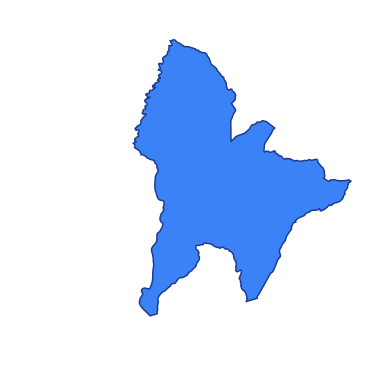 the district of Nova Lacerda, Mato Grosso, Brazil, rotated 44°
{"feature_id": "56859067B39265464568289", "entity_name": "Nova Lacerda", "entity_type": "district", "adm_level": 2, "iso_a3": "BRA", "parent_name": "Brazil", "parent_adm1": "Mato Grosso", "projection": "natural_earth1", "projection_center": [-59.772, -14.4], "detail": "fine", "context": "isolated", "style": "filled", "palette": "blue", "viewbox_px": 384, "rotation_deg": 44, "n_neighbors": 0, "source": "geoboundaries", "source_scale": "gbopen_adm2", "svg_char_len": 5959}
<svg xmlns="http://www.w3.org/2000/svg" viewBox="0 0 384 384"><g transform="rotate(44 192 192)"><path d="M298.7,73.8L296.4,74.3L294.2,77.5L291.0,80.8L288.3,83.1L287.0,83.5L285.4,84.7L284.7,85.8L283.3,87.0L283.3,89.3L277.7,90.6L276.2,88.1L271.9,84.6L269.6,83.7L267.2,83.9L264.1,83.3L263.1,83.4L261.7,83.0L260.1,81.8L259.1,81.8L257.7,83.3L256.2,86.1L254.4,86.8L253.7,87.6L252.8,89.7L251.3,90.8L250.0,92.8L247.6,95.5L246.5,95.9L245.4,96.6L244.5,98.2L242.3,99.2L241.5,99.2L240.7,99.8L239.8,99.8L238.1,101.2L237.6,102.0L236.6,102.2L236.1,102.9L236.1,104.0L234.4,104.5L231.5,104.2L228.4,105.7L227.6,105.2L225.1,105.8L224.1,105.8L223.7,105.0L222.7,105.2L222.1,106.0L221.9,107.4L220.6,109.1L219.8,109.7L219.0,109.6L217.5,110.7L216.8,111.3L216.7,112.3L216.0,113.0L215.3,112.6L211.6,108.1L210.6,106.4L208.3,94.4L207.1,91.6L207.1,88.5L196.6,89.7L193.1,91.7L192.7,93.9L192.2,94.8L190.7,95.9L190.3,96.6L190.4,99.1L188.6,101.9L188.6,103.2L189.5,106.9L189.1,112.4L188.9,113.4L185.7,119.9L185.3,121.5L185.1,122.4L185.2,124.8L185.0,128.2L182.6,126.2L170.6,114.0L167.5,106.8L167.2,104.5L166.7,102.9L165.5,102.3L159.0,101.0L158.9,98.7L159.1,97.8L159.0,96.2L158.5,94.8L157.3,94.0L156.4,92.2L153.7,91.0L152.8,91.0L151.9,91.4L150.9,91.3L149.4,90.5L148.3,91.1L148.1,92.4L147.1,93.4L146.0,93.3L143.5,92.2L141.7,90.4L140.2,89.6L139.3,89.2L138.3,89.2L136.9,88.8L136.1,88.0L134.3,87.6L133.2,88.0L127.6,87.1L126.2,87.3L124.5,86.3L123.1,86.2L121.9,86.5L121.3,86.1L119.7,86.7L116.8,86.7L111.4,83.9L108.6,83.5L106.6,82.6L104.0,83.2L103.0,84.5L100.8,85.2L100.0,85.9L98.1,85.5L97.0,86.7L95.0,86.7L89.5,89.5L88.1,90.3L86.0,92.3L85.1,92.7L84.2,92.7L82.5,93.4L80.9,93.4L77.1,94.6L73.8,94.6L72.3,96.4L72.2,97.5L71.3,98.4L75.1,99.7L75.7,100.3L74.9,101.9L74.2,102.0L73.8,102.8L74.7,103.5L75.9,105.1L77.3,106.1L77.0,107.1L77.3,108.6L78.6,109.8L78.4,112.7L77.8,114.8L78.0,115.7L78.4,116.6L79.6,117.4L80.9,117.8L81.7,120.3L81.2,121.0L80.2,121.2L79.0,122.4L79.3,123.2L80.6,123.4L81.2,124.5L83.1,124.6L83.7,125.4L82.8,126.8L83.1,127.7L84.7,126.7L86.5,126.5L87.2,127.2L87.5,128.4L86.8,130.1L87.1,131.5L88.1,132.0L89.4,131.7L90.2,132.3L89.2,133.6L89.2,134.4L89.6,135.6L90.6,135.0L91.4,135.2L90.8,137.7L89.9,138.6L90.1,139.9L91.3,141.7L89.9,141.9L90.0,143.2L91.0,143.7L91.9,143.4L91.8,142.5L93.0,142.3L93.1,143.4L92.6,144.6L92.6,146.8L92.1,147.4L91.1,147.9L91.3,148.8L92.2,149.9L92.5,151.0L91.3,152.4L90.9,153.5L91.3,154.2L92.7,153.7L93.4,154.4L94.1,154.7L95.2,153.4L95.9,153.2L95.5,155.2L94.7,155.6L94.4,156.8L94.9,157.8L94.2,158.8L95.5,159.7L97.1,159.7L97.9,159.4L99.3,160.1L99.2,161.3L98.6,161.9L98.8,163.2L99.5,163.7L100.5,163.7L100.9,164.6L100.0,166.3L100.1,167.2L101.0,167.9L101.1,169.0L101.4,169.8L102.8,170.0L103.6,169.2L104.3,168.1L105.1,168.3L105.4,169.5L105.0,171.5L105.4,174.7L105.8,176.4L107.7,178.3L107.8,179.9L106.8,182.7L107.3,184.0L106.8,185.7L107.6,186.2L108.8,186.4L109.4,185.6L110.6,184.8L111.4,185.0L112.0,185.8L112.6,187.9L114.6,188.7L115.0,189.4L114.5,190.1L114.2,191.0L114.0,193.5L114.7,194.4L115.4,194.6L116.3,194.4L117.0,194.9L116.0,195.8L116.2,196.7L115.9,197.7L117.7,197.7L119.4,198.8L119.7,199.9L121.3,199.8L122.1,199.3L122.9,199.4L125.2,198.9L128.8,200.0L129.6,200.6L130.0,199.6L133.4,198.6L134.7,198.4L135.7,198.8L137.9,197.9L138.9,197.8L142.0,196.0L143.8,196.0L145.7,197.0L146.7,196.7L148.2,197.1L149.7,198.8L152.4,199.7L153.1,200.4L154.3,204.9L155.5,207.1L160.9,213.4L163.6,215.8L170.9,219.9L172.8,220.4L174.7,220.0L177.5,218.2L178.7,218.4L180.2,220.2L181.2,221.0L182.1,223.4L184.4,224.7L185.2,229.8L187.3,233.3L189.2,234.7L190.2,235.0L192.1,234.8L193.0,235.2L193.7,235.7L194.2,236.5L195.1,238.5L196.2,242.7L195.8,245.5L196.3,246.9L200.2,251.0L200.7,251.9L201.4,254.2L201.6,258.0L202.1,260.3L202.8,261.5L203.8,262.4L207.5,264.6L210.1,266.6L212.5,268.9L214.9,270.8L219.9,277.4L221.7,279.1L225.2,283.3L226.9,286.3L228.4,289.8L228.5,290.9L228.1,291.8L227.3,292.5L225.0,293.6L224.4,294.3L223.8,295.4L223.6,296.6L223.9,297.6L224.8,298.6L227.0,299.3L227.7,300.0L228.6,304.6L230.6,307.8L233.0,309.3L236.5,310.0L247.7,310.2L248.5,309.3L248.8,308.1L250.4,306.1L251.4,303.8L250.7,302.7L249.3,301.2L248.7,300.0L246.8,298.6L244.0,294.2L241.4,292.7L241.2,291.6L240.4,289.3L240.3,288.0L240.3,285.5L240.5,283.7L241.2,282.1L241.4,277.1L241.8,274.8L241.3,272.9L241.4,271.7L243.3,269.5L242.3,263.3L243.0,261.8L244.8,260.1L246.3,255.0L245.9,253.3L245.8,251.3L246.4,248.8L246.2,247.1L246.5,243.3L244.7,239.0L244.3,236.0L243.9,235.1L243.2,234.7L242.7,233.7L240.5,233.0L238.9,230.6L238.1,230.6L237.4,230.1L234.5,230.3L233.7,229.8L233.1,228.9L232.3,228.5L232.3,227.4L234.3,225.2L234.7,224.1L236.5,222.3L236.1,220.2L241.0,216.6L242.6,216.2L243.1,215.5L244.9,215.8L247.4,214.9L250.9,213.0L251.6,212.6L251.6,211.4L252.2,210.1L255.8,209.9L256.5,208.6L257.7,208.1L259.7,208.5L261.2,207.8L262.9,207.7L265.1,208.2L268.2,210.5L272.8,212.1L273.4,212.8L274.1,213.0L275.7,215.8L277.3,216.9L277.9,218.0L279.1,218.4L280.3,217.5L280.6,216.7L280.6,215.5L281.1,214.4L282.4,214.6L283.5,215.8L286.1,221.5L288.4,222.0L289.6,223.4L291.5,224.2L292.2,225.6L295.2,227.0L296.3,227.2L299.3,226.9L302.2,228.0L305.2,230.0L307.2,233.0L312.7,223.1L312.0,222.6L311.5,221.5L311.1,219.2L305.4,197.7L305.1,196.4L305.5,193.0L303.1,186.6L300.8,181.3L300.4,177.1L299.7,176.2L296.1,174.0L295.1,172.4L294.3,169.3L293.4,167.5L292.9,162.2L291.3,159.4L290.6,157.4L289.7,152.5L289.6,150.9L289.2,150.1L289.0,149.0L287.8,148.7L287.3,147.8L287.6,146.8L286.7,145.3L286.4,143.9L287.5,141.5L286.6,141.1L286.4,140.2L286.6,136.9L288.9,131.6L289.2,130.4L288.8,128.8L289.0,127.3L290.2,125.4L290.6,122.7L291.0,121.7L293.5,119.4L294.9,117.3L294.8,116.3L295.4,115.5L297.2,116.3L298.0,116.1L298.4,115.2L298.4,113.9L299.5,112.8L299.4,111.4L299.9,109.2L299.6,107.0L299.7,105.8L301.0,105.5L301.7,104.2L301.6,103.0L302.5,100.3L303.9,98.3L304.8,96.3L305.0,92.8L304.5,90.5L303.8,89.9L303.2,86.7L302.0,86.3L301.4,85.2L301.5,84.1L300.9,80.8L300.0,79.9L298.2,76.7L298.4,75.7L298.9,74.6L298.7,73.8Z" fill="#3b82f6" stroke="#1e3a8a" stroke-width="1.5"/></g></svg>